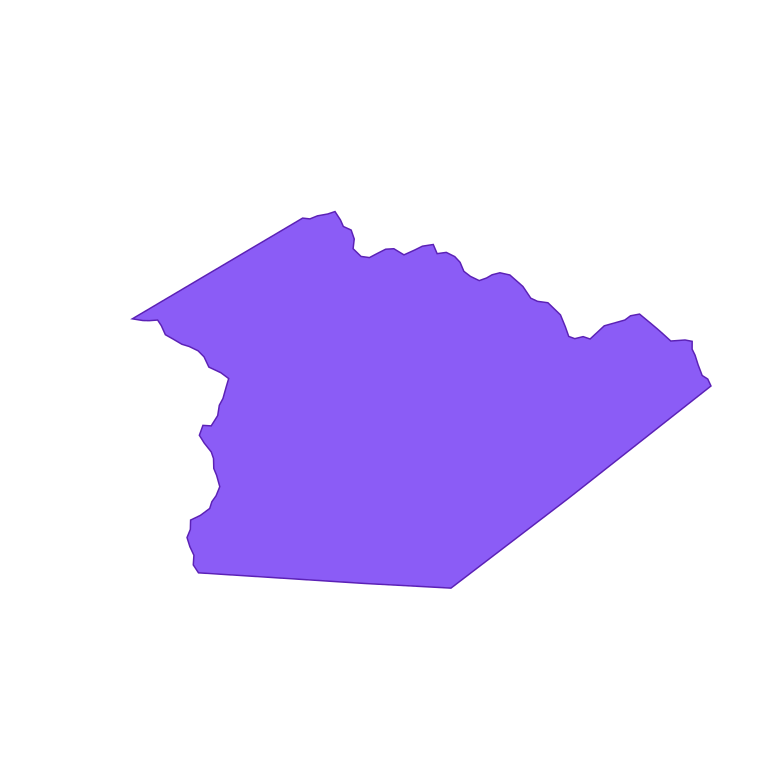 Lima Campos, Maranhão, Brazil, rotated 140°
{"feature_id": "56859067B66044232988934", "entity_name": "Lima Campos", "entity_type": "district", "adm_level": 2, "iso_a3": "BRA", "parent_name": "Brazil", "parent_adm1": "Maranhão", "projection": "orthographic", "projection_center": [-44.474, -4.57], "detail": "fine", "context": "isolated", "style": "filled", "palette": "violet", "viewbox_px": 768, "rotation_deg": 140, "n_neighbors": 0, "source": "geoboundaries", "source_scale": "gbopen_adm2", "svg_char_len": 1347}
<svg xmlns="http://www.w3.org/2000/svg" viewBox="0 0 768 768"><g transform="rotate(140 384 384)"><path d="M647.5,358.6L526.9,243.5L463.9,184.6L316.7,177.9L134.8,172.3L132.8,179.7L134.8,186.0L131.0,196.9L127.2,206.1L125.6,212.6L120.5,218.6L125.1,224.2L136.7,232.6L138.1,243.2L139.2,250.5L140.5,258.0L143.3,273.3L151.3,277.8L158.4,278.2L177.9,287.0L197.2,286.0L201.0,292.3L208.7,296.1L211.9,301.7L208.3,311.3L204.4,323.5L206.2,340.9L213.3,348.7L216.4,355.4L214.9,369.4L217.5,386.6L223.7,394.7L231.0,398.2L237.3,399.3L244.6,402.0L248.6,410.9L250.4,419.0L247.5,428.3L247.9,436.1L251.7,444.8L259.5,449.7L256.6,459.2L266.0,464.9L274.3,466.9L285.7,470.1L289.5,481.3L296.1,486.2L305.1,488.3L313.9,490.2L319.6,496.5L320.7,507.5L313.6,514.2L310.2,523.0L313.9,530.8L311.9,537.7L310.7,547.6L317.8,550.4L326.9,555.6L334.6,558.1L339.7,563.4L534.9,595.7L527.9,587.6L523.1,583.4L516.3,578.5L517.1,571.8L519.8,562.3L516.7,554.0L513.3,544.4L509.1,537.9L505.1,529.0L504.4,520.5L507.3,509.5L501.7,497.4L499.5,488.0L506.9,483.1L516.7,476.4L523.8,473.6L531.7,466.7L543.3,463.0L549.3,468.7L558.4,463.4L559.7,454.2L560.0,443.0L562.5,436.5L568.7,428.7L570.9,421.7L575.8,410.9L584.5,406.3L591.5,404.5L597.5,400.7L609.1,401.4L619.6,404.1L625.8,397.1L633.6,393.0L637.3,384.1L639.7,375.0L646.4,368.0L647.5,358.6Z" fill="#8b5cf6" stroke="#5b21b6" stroke-width="1.5"/></g></svg>